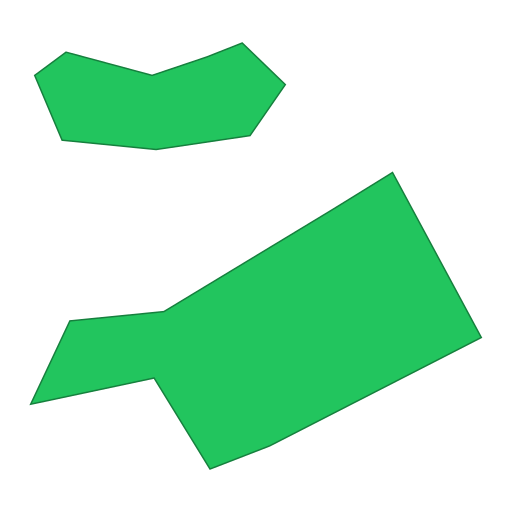 map outline of Warwick (orthographic projection)
{"feature_id": "BMU-5144", "entity_name": "Warwick", "entity_type": "state/province", "adm_level": 1, "iso_a3": "BMU", "parent_name": "Bermuda", "parent_adm1": "", "projection": "orthographic", "projection_center": [-64.817, 32.272], "detail": "fine", "context": "isolated", "style": "filled", "palette": "green", "viewbox_px": 512, "rotation_deg": 0, "n_neighbors": 0, "source": "natural_earth", "source_scale": "10m", "svg_char_len": 361}
<svg xmlns="http://www.w3.org/2000/svg" viewBox="0 0 512 512"><path d="M30.7,404.2L69.9,320.9L163.9,311.6L332.3,209.7L392.5,172.5L481.3,337.5L269.6,445.9L210.0,469.0L154.1,378.0L30.7,404.2ZM250.0,135.6L156.1,149.5L62.1,140.2L34.7,75.4L66.0,52.2L152.1,75.4L207.0,56.9L242.2,43.0L285.3,84.6L250.0,135.6Z" fill="#22c55e" stroke="#15803d" stroke-width="1.5"/></svg>